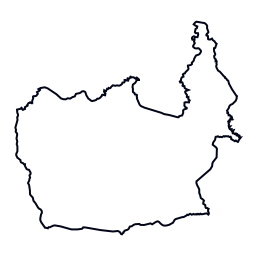 outline of Ossu, Viqueque, East Timor
{"feature_id": "22284137B78761758678939", "entity_name": "Ossu", "entity_type": "district", "adm_level": 2, "iso_a3": "TLS", "parent_name": "East Timor", "parent_adm1": "Viqueque", "projection": "albers", "projection_center": [126.407, -8.715], "detail": "fine", "context": "isolated", "style": "outline", "palette": "ink", "viewbox_px": 256, "rotation_deg": 0, "n_neighbors": 0, "source": "geoboundaries", "source_scale": "gbopen_adm2", "svg_char_len": 5782}
<svg xmlns="http://www.w3.org/2000/svg" viewBox="0 0 256 256"><path d="M193.7,24.3L195.5,25.7L197.3,26.4L196.9,28.1L195.5,29.1L194.9,32.2L195.6,33.1L198.0,33.2L198.2,34.7L197.5,37.1L194.9,37.1L194.5,36.4L193.8,36.3L192.7,36.9L192.0,37.8L192.0,38.8L192.4,39.7L193.3,39.6L194.2,39.0L194.5,39.0L194.6,39.7L194.0,41.7L194.8,43.1L193.2,45.7L193.1,46.7L194.6,48.1L196.4,48.5L198.2,48.2L199.2,48.7L200.8,50.5L201.0,51.7L199.7,53.9L198.9,54.5L196.2,55.4L195.7,56.0L194.2,58.7L193.7,60.7L191.8,62.8L192.0,64.0L190.8,65.0L187.9,65.6L188.0,66.9L188.5,68.4L188.3,69.4L185.5,72.2L184.8,73.5L183.9,73.6L182.9,74.4L183.5,76.6L181.7,77.5L181.1,78.9L181.0,80.3L179.8,81.6L180.3,82.5L181.8,82.2L182.4,82.5L183.0,84.3L182.5,85.7L183.2,86.2L184.4,86.1L184.7,88.1L186.4,89.2L188.5,90.0L185.5,91.2L185.1,91.9L185.6,93.2L186.9,94.8L186.8,97.0L187.3,97.4L188.4,97.0L188.5,99.7L189.5,100.1L189.7,100.5L189.1,101.3L189.0,102.4L185.5,102.2L184.5,102.6L184.4,105.7L184.9,106.6L186.8,108.1L186.6,108.6L184.3,109.3L183.1,110.4L183.2,112.8L182.2,115.4L179.3,116.1L178.7,117.2L177.8,117.3L169.2,115.0L164.2,114.1L161.0,112.7L144.6,107.7L141.0,106.1L139.6,104.7L136.9,98.4L137.1,97.3L136.7,96.6L137.0,95.1L136.5,94.7L134.9,94.4L134.5,93.1L133.1,92.2L132.9,91.7L132.9,88.4L132.5,87.3L132.9,84.6L135.3,82.8L136.6,80.4L137.8,80.0L139.0,80.0L139.0,79.5L136.8,77.6L136.5,77.6L135.9,78.8L135.6,78.8L134.0,77.5L132.9,77.2L131.6,77.5L130.7,76.6L130.4,76.7L129.9,78.1L129.4,78.5L127.6,78.3L127.5,78.5L127.5,79.2L128.4,79.8L128.2,80.6L126.1,80.4L125.2,79.9L124.6,80.0L124.6,81.8L124.2,82.4L122.5,82.6L122.1,83.8L120.5,85.2L119.1,85.7L117.0,85.4L115.1,85.8L112.9,85.3L111.5,86.5L110.3,88.1L109.6,88.3L108.6,87.9L108.0,89.0L107.1,88.8L106.1,91.0L105.3,91.0L104.2,90.3L104.0,91.7L105.4,93.2L104.8,94.0L105.3,94.8L105.1,95.3L102.5,94.7L102.1,94.9L101.7,95.5L101.7,96.2L99.7,98.1L98.2,98.8L97.3,98.7L95.9,100.1L92.7,101.0L91.4,100.9L88.2,98.4L86.3,95.2L85.4,92.3L85.0,91.8L83.5,91.2L82.1,91.4L80.0,93.0L75.9,93.9L74.8,96.4L72.5,97.1L70.2,98.6L67.6,98.3L65.8,99.3L63.2,99.2L61.0,98.4L56.4,94.2L47.7,88.4L44.8,87.3L40.6,88.0L38.5,89.1L38.9,89.4L39.8,89.3L40.1,89.8L39.2,90.9L37.0,92.1L37.8,93.8L36.4,95.7L35.4,96.1L33.4,96.2L33.0,96.7L33.2,98.3L32.4,100.3L32.1,101.7L32.3,103.0L32.0,103.3L31.1,103.1L30.1,102.3L29.7,102.8L28.5,103.1L27.2,105.1L27.6,105.3L27.6,105.7L24.9,107.2L25.0,109.0L24.7,109.2L24.0,109.1L22.9,109.9L21.8,108.9L21.8,108.1L21.5,107.8L20.4,108.8L17.0,109.6L17.3,112.9L17.9,114.0L18.0,115.3L17.8,116.3L17.2,117.2L17.5,120.0L15.4,127.6L16.0,129.9L15.7,131.8L17.0,133.4L17.2,134.6L16.5,138.5L17.3,141.4L16.7,144.2L17.4,146.1L17.4,151.3L16.2,154.0L16.3,155.5L17.4,157.7L20.4,160.0L20.5,161.2L21.1,162.4L23.2,163.3L23.8,164.1L25.0,164.2L24.8,165.6L26.6,169.0L27.4,169.5L29.0,169.8L30.6,172.7L30.6,173.9L29.5,175.3L30.1,177.7L29.4,178.9L29.4,180.1L28.0,183.1L29.1,185.0L29.9,190.5L30.0,194.1L30.5,195.1L32.8,197.6L33.5,200.8L35.6,203.4L37.7,207.0L38.7,208.4L40.7,209.5L41.7,210.9L41.9,212.8L41.0,214.6L40.3,218.4L40.3,220.1L41.1,222.1L45.1,227.8L45.8,227.7L47.9,228.3L48.6,227.2L50.0,227.2L53.1,225.7L54.8,225.4L60.2,226.3L71.4,229.4L77.6,229.4L81.9,228.8L83.1,227.8L83.2,227.4L85.0,227.4L100.7,230.1L112.9,231.5L117.8,231.0L119.7,231.9L121.2,234.1L121.9,234.3L122.3,233.6L123.4,232.9L123.3,232.3L124.1,231.7L124.6,230.7L127.6,229.7L128.6,228.9L129.8,226.6L131.9,226.2L133.5,224.9L135.4,224.2L139.5,224.0L140.4,224.9L144.1,225.0L150.5,223.4L152.2,224.3L155.8,222.0L157.7,221.3L159.1,222.0L160.8,223.8L162.6,225.1L164.0,225.6L166.0,225.6L169.2,224.8L173.0,222.7L174.7,219.8L175.9,219.0L182.0,217.2L183.7,217.0L186.5,215.5L187.2,214.7L188.1,215.1L190.1,213.8L191.7,214.7L193.4,214.0L193.6,214.3L195.6,214.4L196.1,214.0L196.9,214.5L197.7,213.9L198.3,214.2L198.7,214.0L198.9,214.3L199.8,214.4L200.5,213.7L201.9,214.3L206.2,213.4L207.7,213.9L208.3,214.6L208.7,214.2L208.9,213.2L208.0,211.1L208.2,210.4L208.1,209.5L208.6,208.9L207.4,208.1L206.0,208.0L205.5,207.2L205.2,205.0L203.2,203.7L203.4,201.9L204.0,200.8L203.1,199.6L200.9,198.1L200.7,197.6L200.0,194.7L199.3,193.3L199.2,189.2L196.9,184.6L196.4,182.9L196.5,181.3L210.2,169.4L212.1,166.3L212.4,163.5L212.8,162.3L216.6,157.4L216.9,148.6L216.0,147.3L212.7,144.7L213.2,142.5L215.1,139.7L215.6,137.0L216.0,136.7L217.6,136.7L218.0,136.3L219.5,137.1L220.7,136.8L221.9,137.2L223.9,136.1L224.7,136.6L225.7,136.1L227.2,136.4L228.3,136.2L229.4,137.0L230.6,136.7L231.3,138.1L231.1,139.0L231.6,139.3L234.9,141.2L235.9,140.5L237.6,141.9L238.0,141.9L239.0,139.8L240.6,137.7L239.7,137.9L239.2,137.5L239.8,136.3L239.5,135.6L238.2,135.0L237.8,135.8L236.6,135.4L236.4,134.5L236.8,133.8L236.5,133.7L235.9,133.4L235.1,134.2L234.5,134.0L234.0,133.3L232.8,133.3L232.5,132.7L233.6,130.2L232.9,130.4L232.3,131.1L231.8,131.0L231.0,129.9L231.4,129.1L229.8,129.1L229.0,127.6L229.0,127.1L230.0,126.8L230.3,126.4L229.4,126.5L228.6,125.8L229.0,124.5L228.5,122.9L229.2,122.2L228.3,121.4L228.6,121.0L229.8,120.8L229.5,119.9L230.0,119.2L230.5,119.0L231.8,119.6L232.2,119.5L231.8,119.2L232.2,118.3L231.6,116.6L230.6,116.8L230.4,115.6L229.7,115.1L228.6,115.3L228.1,112.9L227.3,112.8L227.6,111.7L227.0,110.8L228.6,108.4L229.5,106.0L230.5,104.9L232.6,103.9L235.7,100.8L236.7,98.4L236.6,96.9L237.0,96.2L236.1,95.4L231.9,89.1L229.0,83.7L228.2,80.6L227.2,80.1L226.2,78.5L225.1,78.0L224.9,76.9L224.0,76.4L220.0,71.8L218.0,70.5L216.4,67.4L216.2,66.0L216.7,64.4L216.4,63.3L216.7,61.3L216.3,60.8L215.6,61.0L215.8,59.4L214.8,58.7L214.2,57.0L214.2,55.9L215.2,54.7L215.2,53.9L214.1,51.3L214.0,48.2L215.2,47.9L216.6,43.7L215.7,43.1L214.5,41.3L212.8,40.1L212.0,38.6L210.3,39.5L208.5,39.4L208.1,39.1L207.9,36.0L207.5,35.6L206.5,35.5L206.3,35.0L206.8,33.9L208.3,32.5L208.4,32.0L207.0,28.0L207.2,26.8L206.9,25.3L205.9,24.1L204.6,23.1L196.5,21.7L195.5,22.2L193.7,24.3Z" fill="none" stroke="#020617" stroke-width="2"/></svg>